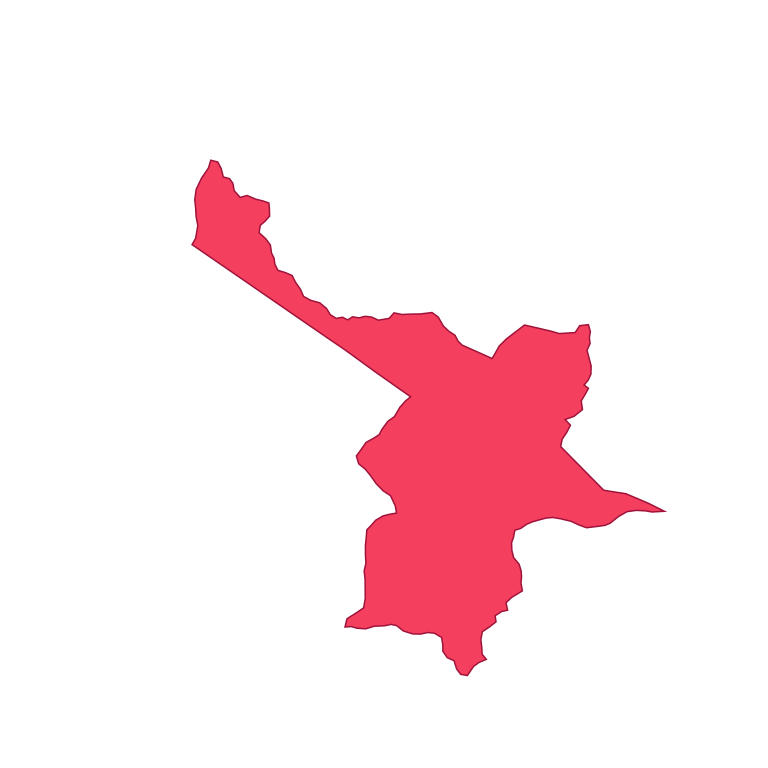 the district of Goianira, Goiás, Brazil, rotated 48°
{"feature_id": "56859067B49274736539809", "entity_name": "Goianira", "entity_type": "district", "adm_level": 2, "iso_a3": "BRA", "parent_name": "Brazil", "parent_adm1": "Goiás", "projection": "orthographic", "projection_center": [-49.441, -16.501], "detail": "fine", "context": "isolated", "style": "filled", "palette": "rose", "viewbox_px": 768, "rotation_deg": 48, "n_neighbors": 0, "source": "geoboundaries", "source_scale": "gbopen_adm2", "svg_char_len": 2558}
<svg xmlns="http://www.w3.org/2000/svg" viewBox="0 0 768 768"><g transform="rotate(48 384 384)"><path d="M476.7,192.4L471.6,199.5L473.7,207.5L463.9,219.9L456.4,224.6L434.2,240.1L432.4,262.7L432.9,273.0L435.6,280.9L437.4,286.6L407.4,299.9L401.7,300.3L395.3,298.6L388.3,300.5L380.7,301.1L370.5,298.9L363.0,300.5L359.8,305.1L356.2,310.2L349.7,317.6L344.4,324.1L337.8,329.0L338.7,336.2L332.8,345.5L326.0,348.4L321.2,352.6L318.0,358.5L313.1,362.3L312.0,368.1L306.6,370.2L303.3,375.6L296.6,377.5L289.4,376.2L280.8,377.4L272.7,382.5L265.1,385.2L257.6,382.7L249.2,381.7L241.9,379.7L235.3,382.7L228.5,386.8L221.9,384.9L216.9,381.5L211.5,380.0L204.6,375.4L196.9,374.7L188.0,375.6L183.3,369.7L183.5,363.5L182.7,356.7L177.6,352.3L172.5,348.4L166.9,351.5L160.9,355.6L152.3,359.6L149.1,366.0L140.2,366.0L133.6,362.0L128.0,361.4L122.6,364.9L114.9,360.8L107.7,359.0L101.8,363.0L106.0,369.9L108.9,381.8L113.7,393.4L120.5,401.4L127.0,406.1L134.0,411.7L141.7,416.4L149.7,426.5L152.0,433.4L182.4,426.1L288.1,400.9L317.7,393.8L331.0,390.5L369.1,382.4L411.3,372.8L411.0,379.3L411.9,387.6L415.2,398.1L414.3,406.2L416.4,416.1L418.4,421.4L417.3,428.3L415.4,436.3L417.7,446.2L419.0,452.7L426.4,456.2L434.8,454.9L442.8,455.3L453.2,456.5L463.0,456.1L471.3,453.9L482.0,457.1L488.3,461.1L485.0,466.2L481.4,472.9L479.7,481.3L480.5,488.4L480.9,494.3L485.6,499.3L491.5,505.8L498.3,511.9L505.2,517.5L509.6,523.8L516.8,529.0L523.2,534.7L530.8,541.4L536.7,548.9L535.7,556.7L533.7,568.5L538.5,575.6L542.3,570.7L547.4,567.5L553.7,561.4L557.5,553.3L564.0,545.4L567.4,539.6L572.1,536.2L580.4,534.9L588.8,530.0L594.3,524.2L597.9,517.9L602.9,513.3L611.0,510.8L617.5,515.1L622.0,519.1L629.7,520.1L636.6,517.1L644.3,520.7L651.1,521.3L656.4,517.1L653.8,506.4L654.5,499.7L657.1,492.2L650.5,491.9L645.2,487.6L638.9,483.2L633.9,476.7L635.1,468.3L635.7,459.9L630.6,456.5L631.8,448.8L634.8,443.5L628.2,439.7L628.0,432.0L630.3,419.6L623.5,415.3L619.1,410.6L614.7,407.2L608.4,404.2L599.7,403.8L593.2,400.3L587.3,395.4L584.6,390.4L580.2,384.6L582.8,379.1L583.7,371.8L585.7,366.0L589.1,359.1L592.1,353.2L596.3,347.7L602.4,342.9L611.1,336.9L619.3,333.4L626.3,329.7L633.7,319.2L637.0,314.2L638.8,308.9L639.4,298.4L641.5,288.8L646.8,281.0L653.3,274.5L658.4,270.5L666.2,260.8L650.1,267.1L627.5,277.6L610.0,291.8L548.7,294.6L544.2,288.4L542.2,280.5L539.4,273.0L531.6,273.2L535.2,264.3L535.8,253.6L528.5,248.7L526.4,241.7L524.0,235.0L518.7,236.0L517.7,229.5L515.1,223.6L509.2,218.0L500.7,213.6L494.8,210.6L491.8,203.7L487.0,200.4L483.2,195.6L476.7,192.4Z" fill="#f43f5e" stroke="#9f1239" stroke-width="1.5"/></g></svg>